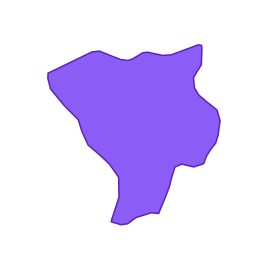 outline of Manufahi, rotated 192°
{"feature_id": "TLS-551", "entity_name": "Manufahi", "entity_type": "District", "adm_level": 1, "iso_a3": "TLS", "parent_name": "East Timor", "parent_adm1": "", "projection": "robinson", "projection_center": [125.762, -8.972], "detail": "fine", "context": "isolated", "style": "filled", "palette": "violet", "viewbox_px": 256, "rotation_deg": 192, "n_neighbors": 0, "source": "natural_earth", "source_scale": "10m", "svg_char_len": 742}
<svg xmlns="http://www.w3.org/2000/svg" viewBox="0 0 256 256"><g transform="rotate(192 128 128)"><path d="M217.6,165.0L179.2,194.8L172.1,197.3L149.6,193.4L142.0,194.1L137.7,196.6L129.4,204.5L124.9,206.2L109.1,206.2L101.0,208.5L76.5,224.0L73.3,224.1L72.2,221.1L69.4,205.1L72.2,197.4L74.4,190.7L71.2,180.9L65.6,174.9L56.1,169.8L44.7,164.1L39.4,154.1L38.4,139.7L39.1,131.4L42.2,125.3L45.3,117.1L46.6,108.8L55.5,103.6L68.1,103.8L74.0,99.5L75.1,87.2L75.3,79.2L77.0,68.5L80.1,51.6L80.2,50.8L87.7,49.9L101.6,42.0L108.5,34.2L114.9,31.9L124.9,32.8L125.0,34.0L122.4,58.4L126.9,77.9L138.6,88.8L150.3,95.9L163.5,103.1L172.5,115.3L178.4,125.8L195.2,136.8L211.7,149.9L216.7,159.8L217.6,165.0Z" fill="#8b5cf6" stroke="#5b21b6" stroke-width="1.5"/></g></svg>